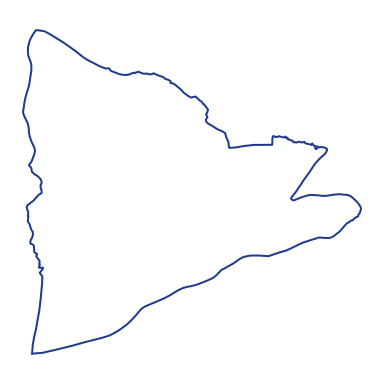 the district of Mueang Suang, Roi Et, Thailand
{"feature_id": "78962969B6279300393113", "entity_name": "Mueang Suang", "entity_type": "district", "adm_level": 2, "iso_a3": "THA", "parent_name": "Thailand", "parent_adm1": "Roi Et", "projection": "orthographic", "projection_center": [103.763, 15.789], "detail": "fine", "context": "isolated", "style": "outline", "palette": "blue", "viewbox_px": 384, "rotation_deg": 0, "n_neighbors": 0, "source": "geoboundaries", "source_scale": "gbopen_adm2", "svg_char_len": 5753}
<svg xmlns="http://www.w3.org/2000/svg" viewBox="0 0 384 384"><path d="M35.9,30.2L33.0,34.3L30.2,39.4L28.9,43.4L28.0,47.7L27.9,52.9L28.3,55.6L30.6,61.9L31.3,64.7L31.4,70.2L29.1,85.2L25.6,96.9L24.3,103.3L23.7,107.9L23.0,112.0L23.4,113.8L24.5,116.7L26.0,119.7L27.7,123.3L28.7,127.8L28.9,132.2L29.6,136.0L31.4,141.5L34.0,146.8L34.8,149.3L35.0,151.4L33.7,155.9L31.6,161.3L31.1,162.2L29.5,164.1L29.2,164.6L29.1,165.2L29.1,165.4L29.4,165.8L30.3,166.5L31.4,168.7L31.5,168.9L31.5,170.0L31.7,170.4L32.2,172.1L32.5,172.4L32.9,172.6L33.2,172.9L34.2,173.8L34.8,174.5L35.4,174.9L36.4,175.2L38.3,176.8L39.1,177.5L39.7,178.1L40.6,179.4L40.9,179.9L41.5,181.5L41.6,182.5L41.6,182.9L41.1,184.1L40.5,185.4L40.5,185.8L40.7,186.4L40.7,187.2L40.7,188.3L40.8,188.5L41.2,188.8L41.3,189.1L41.4,189.7L41.6,191.2L41.6,193.1L41.4,193.3L40.6,193.7L39.1,194.4L38.3,195.4L37.1,196.5L33.2,201.0L30.9,202.5L28.9,204.4L27.6,204.9L27.4,205.4L27.1,206.9L26.7,207.5L27.6,210.6L28.3,211.9L28.1,213.1L28.2,215.2L27.9,215.9L27.9,216.2L28.2,216.8L28.3,217.2L28.1,219.0L27.8,220.2L27.8,221.4L27.9,221.5L29.5,224.1L29.7,224.5L30.0,225.7L30.6,227.4L30.9,228.8L31.8,230.5L32.7,231.8L32.9,232.2L32.8,233.6L32.9,234.5L32.9,235.0L31.8,238.3L31.6,238.6L31.0,239.2L30.6,240.7L30.3,242.5L30.4,243.4L30.5,243.6L31.0,243.8L33.0,244.7L33.9,246.1L34.0,246.3L34.0,247.4L34.1,248.4L34.1,251.1L34.5,251.9L34.5,252.3L34.7,252.7L36.5,253.6L37.0,254.0L37.0,254.4L37.0,254.6L36.4,255.4L36.4,255.7L36.4,256.3L36.4,256.5L37.0,257.2L37.5,258.1L38.6,259.5L39.4,260.2L39.5,260.5L39.6,261.1L39.4,261.7L39.4,261.9L39.6,262.9L39.6,263.1L39.2,263.7L39.2,263.9L39.2,264.1L39.5,264.3L39.8,264.8L39.9,265.2L39.6,265.7L38.9,266.6L38.9,267.0L39.0,267.5L40.2,267.9L40.8,267.9L41.7,267.6L42.2,267.5L42.6,267.6L42.9,267.9L43.0,268.4L42.7,269.1L39.9,272.6L40.0,273.1L40.2,273.6L42.0,275.9L42.3,276.6L42.4,277.6L42.2,279.1L42.1,283.2L40.8,297.7L39.4,309.9L36.0,328.9L34.1,337.1L32.6,346.2L32.1,353.8L35.0,353.4L42.1,352.9L56.5,349.6L70.8,346.1L85.1,342.1L102.8,337.6L109.9,335.3L115.1,332.6L119.7,329.8L126.7,324.6L130.7,320.9L135.4,315.9L140.0,310.4L141.8,308.6L144.7,306.7L149.3,304.6L156.4,301.7L164.2,298.3L170.8,294.8L177.0,290.9L181.8,288.5L185.6,287.2L191.2,286.1L196.1,284.9L204.0,281.9L210.2,279.3L213.2,277.8L216.9,274.8L221.6,269.8L223.7,268.9L234.4,262.8L237.8,260.2L241.7,257.8L244.0,256.9L248.9,255.8L251.1,255.5L259.0,255.5L267.2,256.1L268.7,256.1L280.1,252.2L285.5,250.8L290.3,248.7L301.9,243.0L311.6,239.8L318.8,237.6L319.8,237.5L323.8,237.9L328.2,238.0L330.2,237.8L331.7,237.2L334.1,235.9L336.0,234.3L339.4,231.7L346.7,223.5L347.8,222.7L349.0,222.3L350.7,220.7L351.2,220.5L351.8,220.5L353.5,219.7L354.4,218.3L355.3,217.9L355.8,217.4L356.6,217.2L357.4,216.5L358.1,216.3L358.2,216.1L358.4,214.9L358.5,214.6L358.9,214.0L359.5,213.4L359.8,213.1L359.9,212.8L359.9,212.1L360.2,211.5L360.7,210.0L361.0,208.9L360.9,208.0L360.7,207.3L360.1,206.2L358.1,203.1L355.1,200.0L351.3,196.6L349.3,195.5L347.7,195.0L339.4,194.2L332.5,194.8L326.9,195.8L322.6,195.9L318.2,195.3L311.0,194.9L307.3,195.5L301.9,197.1L293.8,200.4L292.9,200.2L292.5,200.0L291.3,199.1L291.2,198.6L291.2,198.1L291.5,197.4L296.1,191.6L301.7,183.3L303.1,180.9L309.0,172.8L315.1,163.6L318.2,160.2L321.1,157.3L324.9,154.0L326.0,152.5L326.8,150.7L327.0,149.8L327.0,149.4L326.8,148.9L326.0,148.3L324.8,147.7L323.4,147.3L322.0,147.1L321.0,147.0L319.2,147.5L319.0,147.4L318.1,146.7L317.4,146.5L317.1,146.6L316.9,146.8L317.0,148.0L316.8,148.6L316.7,148.8L316.4,149.0L315.9,149.0L315.5,148.8L315.3,148.4L315.3,147.0L315.1,145.9L314.0,145.7L313.5,145.4L312.8,144.1L312.4,143.6L312.0,143.6L311.9,143.7L311.5,144.7L311.3,144.8L311.2,144.9L310.6,144.7L309.5,144.3L307.4,143.8L306.5,143.7L306.0,143.5L305.2,143.1L304.6,142.1L304.4,142.0L304.2,141.9L302.9,142.3L302.5,142.4L301.5,142.4L301.1,142.3L300.3,141.9L300.0,141.8L298.1,141.9L296.6,142.5L296.4,142.5L295.7,142.2L294.8,142.4L294.4,142.4L294.2,142.3L293.8,141.8L292.6,141.6L292.4,140.7L292.2,140.5L291.7,140.5L291.1,140.3L290.5,140.2L289.4,139.8L289.2,139.7L288.7,139.1L288.2,139.3L287.9,139.3L287.8,139.2L287.9,138.5L287.7,138.2L287.1,137.8L286.3,138.0L286.2,137.9L286.1,137.2L285.8,136.8L285.5,136.7L285.2,136.7L284.8,137.1L284.3,137.3L283.0,137.4L282.7,137.3L281.4,136.8L280.3,136.7L279.3,136.2L278.8,136.4L277.8,136.8L275.5,137.0L275.1,136.8L274.4,136.3L273.4,136.1L273.2,136.1L272.4,138.1L272.3,144.2L272.2,144.7L271.7,144.8L253.9,144.9L244.2,146.0L236.2,147.4L229.6,147.9L229.2,147.6L228.9,146.4L228.3,141.7L227.6,140.1L226.2,137.3L225.2,133.2L223.0,131.7L217.8,129.4L216.2,128.5L212.1,125.8L208.2,123.6L207.8,123.3L206.9,122.5L206.3,121.7L205.9,120.9L205.9,120.0L205.9,119.6L206.3,118.8L207.3,117.4L207.4,117.0L207.2,116.4L206.7,115.5L206.2,114.7L206.1,114.0L206.2,113.8L206.9,113.0L207.3,112.4L207.9,110.0L208.0,109.6L204.2,104.5L202.9,103.7L201.9,101.9L199.4,100.2L195.7,96.6L195.4,96.6L191.0,97.5L190.8,97.4L187.9,95.8L187.0,95.1L186.3,94.5L184.6,93.4L183.2,92.1L181.8,90.6L179.9,88.7L176.9,86.2L174.6,84.3L174.1,83.9L173.0,83.5L172.5,83.4L170.6,83.1L170.5,82.9L170.8,81.9L170.8,81.7L170.7,81.4L170.6,81.2L170.2,80.9L168.2,79.8L165.4,79.0L163.5,77.3L162.6,76.8L161.6,76.6L161.0,76.4L157.0,74.9L153.7,73.3L153.4,73.4L152.6,74.0L151.9,74.1L151.6,74.3L151.4,74.3L150.6,74.2L149.8,74.3L149.3,74.2L148.2,74.1L147.0,73.6L143.9,73.7L143.1,73.6L142.3,73.3L140.3,72.5L139.6,72.3L138.7,71.9L138.1,71.7L136.8,72.4L136.0,72.4L135.8,72.5L135.1,73.0L133.5,72.8L132.7,73.0L130.0,74.2L129.1,74.5L126.4,75.0L124.8,74.9L122.2,74.7L119.7,74.2L117.3,73.4L115.8,72.7L113.2,71.8L111.6,71.2L110.6,70.5L109.8,69.2L109.5,68.9L109.3,68.7L108.5,68.4L107.8,68.3L105.9,68.5L102.8,67.5L99.2,66.0L86.5,59.4L82.9,57.0L75.7,51.2L63.1,42.3L48.9,33.6L44.7,31.4L43.7,31.1L38.0,30.3L35.9,30.2Z" fill="none" stroke="#1e3a8a" stroke-width="2"/></svg>